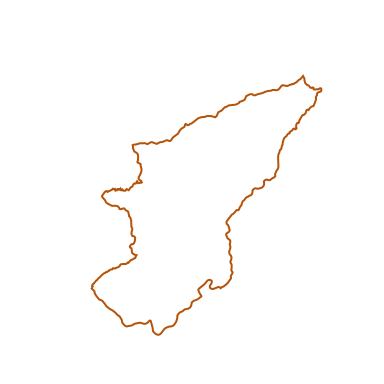 the district of San Luis De Gaceno, Boyacá, Colombia, rotated 22°
{"feature_id": "7082276B35644119435262", "entity_name": "San Luis De Gaceno", "entity_type": "district", "adm_level": 2, "iso_a3": "COL", "parent_name": "Colombia", "parent_adm1": "Boyacá", "projection": "robinson", "projection_center": [-73.117, 4.826], "detail": "fine", "context": "isolated", "style": "outline", "palette": "amber", "viewbox_px": 384, "rotation_deg": 22, "n_neighbors": 0, "source": "geoboundaries", "source_scale": "gbopen_adm2", "svg_char_len": 6048}
<svg xmlns="http://www.w3.org/2000/svg" viewBox="0 0 384 384"><g transform="rotate(22 192 192)"><path d="M272.8,47.6L271.9,47.8L270.9,49.2L267.1,51.2L266.3,51.2L265.6,49.9L264.9,50.1L264.3,50.0L264.0,50.6L263.2,50.9L262.6,50.9L260.5,49.7L259.9,49.5L258.8,49.7L256.2,48.6L254.4,46.3L253.8,44.8L251.5,42.8L250.4,46.4L248.9,48.3L247.7,51.2L246.2,52.8L245.9,53.5L245.1,54.2L244.2,54.5L243.6,55.4L242.6,55.9L241.8,57.0L240.5,58.1L236.1,59.0L235.2,60.0L234.2,63.6L233.5,64.9L232.9,65.5L231.7,66.2L229.5,66.7L228.5,67.2L227.0,68.7L224.9,69.7L222.0,71.9L221.3,72.9L219.5,74.4L215.1,77.7L215.0,78.1L214.6,78.5L213.0,79.2L211.3,78.8L210.5,79.0L208.7,80.0L206.3,82.9L206.4,86.0L206.0,87.2L203.2,90.0L202.3,90.6L202.1,92.0L201.3,93.1L199.5,94.8L193.7,97.9L192.4,99.7L190.5,101.4L188.9,105.4L186.5,108.2L186.4,112.3L185.5,114.0L181.5,114.4L178.9,115.3L177.5,116.0L175.8,117.5L172.5,119.2L170.1,121.4L166.0,128.5L165.7,128.9L164.7,129.5L163.9,131.2L162.7,131.7L160.8,131.2L160.3,132.0L160.6,132.9L160.4,134.7L158.9,136.6L157.7,139.0L157.2,143.2L154.1,148.1L153.6,149.6L153.2,152.1L152.9,152.5L152.1,153.1L149.2,153.4L145.9,156.6L143.6,157.9L141.3,160.6L136.1,160.8L134.9,161.6L132.8,164.3L129.8,164.4L128.1,165.3L125.7,166.2L122.4,168.8L120.2,170.0L119.4,170.8L120.4,172.3L120.9,173.6L123.3,176.0L126.0,176.5L127.5,177.2L128.5,178.7L129.4,181.1L129.9,182.5L130.2,184.8L130.8,185.1L133.6,185.3L134.0,185.5L134.5,186.9L136.5,189.4L137.2,191.4L137.5,193.5L137.1,198.1L137.4,199.6L138.6,200.4L140.7,200.8L141.9,201.9L141.4,202.5L140.2,202.9L139.4,203.7L138.8,204.0L138.2,203.8L137.6,202.9L137.0,202.6L136.9,203.1L137.1,204.6L136.4,205.4L135.5,205.5L135.2,205.8L134.7,207.4L134.7,209.3L133.3,210.8L133.0,213.0L132.6,214.1L130.4,213.7L130.0,214.4L129.9,215.6L128.4,216.4L127.6,216.3L127.0,216.5L126.6,215.7L126.2,215.6L125.7,216.1L125.1,216.3L125.2,217.0L124.8,217.1L124.2,215.9L123.9,216.5L123.3,216.6L122.7,217.4L122.2,217.0L121.8,217.2L121.7,218.4L121.0,218.4L120.7,219.4L120.3,219.4L119.7,218.5L119.3,218.0L118.3,218.8L117.4,218.6L116.9,219.9L114.6,222.5L114.1,222.7L113.8,223.5L113.6,223.6L112.7,223.2L112.0,223.3L111.0,225.1L110.1,229.0L110.2,229.8L110.6,230.2L114.6,232.3L116.2,233.8L117.8,234.3L122.5,234.8L124.6,234.2L125.9,233.5L127.6,233.1L128.8,233.1L130.3,233.9L131.3,234.9L132.6,234.6L134.0,233.2L135.4,232.6L136.5,233.3L137.9,233.8L139.6,233.9L140.6,234.5L141.0,235.4L142.4,237.1L142.6,237.9L144.3,238.8L145.7,240.4L146.6,241.8L147.4,243.9L148.0,245.0L148.8,246.9L150.0,247.8L150.9,249.7L150.9,251.4L151.5,253.3L152.2,254.3L152.8,254.9L153.6,255.1L155.1,254.8L156.4,255.6L157.3,258.5L157.4,260.8L157.0,262.2L155.7,263.0L155.2,263.5L154.9,264.7L154.9,266.1L155.4,266.6L157.0,266.9L158.9,270.3L159.5,271.0L160.2,271.3L163.1,271.7L164.2,271.4L164.0,272.3L164.1,274.5L163.6,274.8L162.5,276.4L160.6,278.4L159.4,281.7L159.1,281.9L158.6,281.8L158.4,282.6L157.2,283.9L155.8,284.2L153.4,285.5L152.8,286.2L152.7,287.7L151.9,289.1L149.1,291.8L147.2,292.4L147.2,293.4L145.5,294.5L144.8,295.8L144.4,295.9L144.2,296.5L143.5,297.2L143.3,298.0L142.2,298.5L141.7,299.7L140.9,300.3L139.3,303.3L138.8,304.3L138.6,305.5L137.5,307.0L137.1,308.9L136.3,309.9L136.1,311.1L135.4,312.7L135.4,313.6L134.4,314.8L134.6,316.6L135.3,316.7L135.2,319.1L138.6,320.5L139.9,322.5L142.5,324.4L146.2,326.4L149.5,326.4L153.3,328.5L155.2,329.9L159.0,331.1L162.8,331.6L166.0,332.5L169.3,334.1L170.3,334.1L171.7,334.6L174.7,336.8L176.4,339.4L179.3,340.8L180.4,341.2L181.8,341.1L185.1,339.0L186.6,337.8L188.1,335.7L192.6,332.7L196.9,332.2L197.9,331.8L198.8,331.1L199.7,330.0L200.9,327.1L201.5,326.9L202.0,327.0L202.5,327.6L206.4,332.7L207.3,334.5L208.3,335.9L210.8,337.0L212.3,337.3L213.8,337.2L214.9,336.6L215.6,335.9L216.3,334.5L217.6,329.6L218.4,328.0L221.0,325.5L223.2,324.3L224.7,322.9L225.5,320.6L225.9,318.1L225.8,316.2L225.5,314.2L224.7,311.9L225.2,309.6L226.0,308.1L227.9,306.1L229.2,303.6L232.3,301.5L233.4,300.0L233.8,298.3L233.8,297.6L233.2,294.4L234.2,292.5L235.0,291.6L236.4,290.5L238.0,288.5L238.7,287.0L239.6,285.9L239.8,285.3L239.6,284.8L238.3,284.0L235.7,281.9L234.5,280.3L234.5,279.7L234.6,279.1L238.0,273.0L239.3,269.0L239.8,268.0L240.3,267.4L241.2,266.9L242.2,266.7L243.4,266.9L244.1,267.9L244.2,268.8L244.1,270.5L243.7,272.2L244.0,273.3L244.5,274.0L245.0,274.3L247.3,274.4L249.2,272.9L252.1,270.1L253.5,270.0L254.6,270.5L255.2,269.2L256.8,267.6L259.0,263.6L260.5,257.6L259.5,255.4L259.9,251.6L259.7,251.2L258.0,250.1L257.7,249.5L256.9,246.8L256.1,244.8L255.7,244.2L254.4,243.3L253.7,242.3L253.6,241.6L253.8,240.6L253.2,237.9L251.9,236.4L250.2,235.6L248.8,233.5L248.5,229.4L247.9,228.1L246.6,226.4L246.3,224.2L245.6,222.7L245.0,222.4L242.5,221.7L239.8,219.1L239.5,218.5L239.5,217.8L240.3,216.3L240.9,215.7L241.3,214.3L241.2,213.1L238.1,209.3L236.1,208.5L235.7,208.0L235.2,206.5L235.3,205.6L237.4,198.0L238.3,197.0L239.5,194.1L239.9,192.6L240.2,192.0L241.8,191.5L242.0,191.1L242.1,188.0L242.8,185.3L242.5,184.1L242.5,181.7L243.6,179.6L244.0,177.6L244.7,176.2L245.7,175.4L246.4,174.2L247.9,172.8L248.3,171.9L248.2,169.8L247.6,167.9L247.7,167.0L248.5,165.6L249.5,164.7L251.1,164.6L252.1,164.2L255.2,161.8L255.9,160.1L256.1,158.6L255.5,156.6L254.7,155.4L255.0,154.1L256.3,152.6L256.9,152.4L258.7,152.4L259.9,151.7L261.5,148.9L262.8,147.5L263.1,146.7L263.2,146.1L262.5,144.7L262.3,143.8L262.5,139.9L263.0,138.4L262.7,136.3L258.8,127.5L258.0,124.4L258.2,122.7L257.8,120.2L258.5,119.2L258.5,118.2L258.1,115.6L258.2,113.8L257.6,112.2L257.2,108.4L257.6,106.6L258.7,104.7L258.9,103.0L259.4,102.0L260.5,100.9L260.1,100.2L260.1,99.7L261.3,98.2L261.9,97.0L262.2,95.5L263.0,94.9L264.1,95.3L264.8,94.7L265.0,94.1L265.0,93.6L264.1,92.7L263.5,90.6L263.5,89.2L264.0,88.4L264.8,88.2L264.9,87.9L265.0,86.2L264.7,85.5L265.4,80.9L265.7,79.4L266.0,79.0L266.4,79.0L267.2,78.0L267.8,76.3L267.5,73.8L267.7,72.8L268.3,72.4L269.3,72.5L269.5,72.1L269.8,70.1L270.6,68.5L271.6,67.3L272.4,66.9L272.5,62.8L272.2,59.4L272.1,59.0L271.5,58.2L271.3,56.9L271.6,55.6L271.1,53.8L271.2,53.0L271.5,52.6L273.4,50.9L273.9,50.1L273.8,49.2L273.3,48.0L272.8,47.6Z" fill="none" stroke="#b45309" stroke-width="2"/></g></svg>